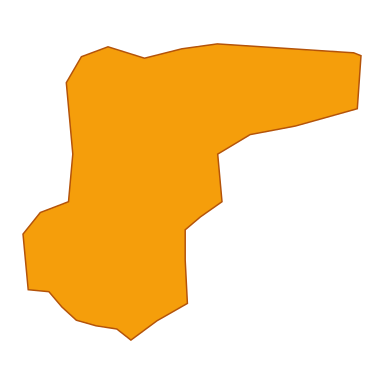 Kumi, Albers equal-area conic projection
{"feature_id": "UGA-3065", "entity_name": "Kumi", "entity_type": "District", "adm_level": 1, "iso_a3": "UGA", "parent_name": "Uganda", "parent_adm1": "", "projection": "albers", "projection_center": [33.978, 1.444], "detail": "fine", "context": "isolated", "style": "filled", "palette": "amber", "viewbox_px": 384, "rotation_deg": 0, "n_neighbors": 0, "source": "natural_earth", "source_scale": "10m", "svg_char_len": 483}
<svg xmlns="http://www.w3.org/2000/svg" viewBox="0 0 384 384"><path d="M361.0,55.7L357.3,108.7L295.5,126.0L250.1,134.6L217.7,154.1L222.0,201.7L200.4,216.9L185.2,229.8L185.2,260.1L187.4,303.4L157.1,320.7L130.9,340.1L116.8,329.0L96.0,325.8L76.3,320.2L62.0,307.1L48.9,291.7L28.2,289.7L23.0,234.1L40.3,212.5L68.5,201.7L72.8,154.1L66.3,82.7L81.4,56.7L108.0,46.8L144.5,58.2L181.8,48.8L217.3,43.9L343.9,52.2L353.7,52.8L361.0,55.7Z" fill="#f59e0b" stroke="#b45309" stroke-width="1.5"/></svg>